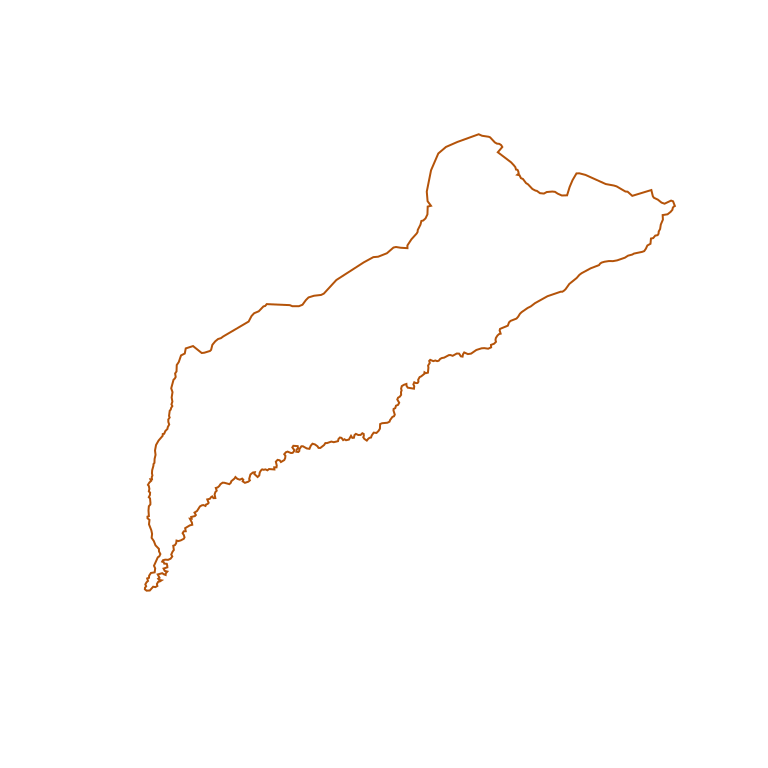 outline of Itinga do Maranhão, Maranhão, Brazil, rotated 203°
{"feature_id": "56859067B66965401422708", "entity_name": "Itinga do Maranhão", "entity_type": "district", "adm_level": 2, "iso_a3": "BRA", "parent_name": "Brazil", "parent_adm1": "Maranhão", "projection": "albers", "projection_center": [-47.255, -4.165], "detail": "fine", "context": "isolated", "style": "outline", "palette": "amber", "viewbox_px": 768, "rotation_deg": 203, "n_neighbors": 0, "source": "geoboundaries", "source_scale": "gbopen_adm2", "svg_char_len": 6166}
<svg xmlns="http://www.w3.org/2000/svg" viewBox="0 0 768 768"><g transform="rotate(203 384 384)"><path d="M196.4,608.0L195.8,610.9L195.7,614.4L193.5,617.2L195.1,622.2L193.2,623.5L192.3,626.6L190.3,627.9L190.0,629.6L190.7,631.7L190.4,634.6L191.5,638.9L191.5,644.3L193.5,648.4L189.3,651.0L187.4,654.5L186.6,657.1L187.0,658.9L186.7,660.4L185.8,661.5L189.3,665.1L191.4,665.0L196.2,659.6L199.4,659.4L203.9,660.7L208.4,660.9L209.9,661.9L213.7,667.0L229.0,654.2L234.9,656.2L237.0,655.5L247.1,656.8L250.0,656.5L258.0,654.7L280.2,655.2L286.3,654.3L289.1,653.1L290.1,645.3L290.1,637.9L289.2,629.2L294.0,627.0L298.5,627.1L301.7,627.7L304.3,626.9L309.2,624.3L311.2,621.8L315.0,620.6L318.7,621.5L320.2,621.2L323.6,621.5L329.5,624.1L331.7,624.4L336.2,627.0L338.4,627.0L340.8,629.1L343.0,628.7L342.2,630.3L343.5,632.2L344.8,633.3L346.3,633.0L347.8,634.9L349.8,636.0L353.6,637.7L369.8,641.8L367.7,648.4L369.5,649.7L371.7,650.1L374.0,649.4L376.4,649.7L382.7,652.5L384.2,652.5L390.8,650.8L394.4,650.9L411.0,635.5L419.6,626.4L424.1,617.4L424.2,599.1L419.8,577.8L415.3,569.3L410.4,566.4L413.1,564.4L410.3,557.1L410.5,552.6L411.8,549.8L413.3,548.7L412.7,544.9L413.1,539.0L412.5,537.1L412.7,535.4L415.3,527.9L416.6,520.7L415.5,518.2L422.0,515.9L426.5,514.8L428.6,513.3L432.4,505.5L439.1,498.9L443.4,496.6L450.2,488.0L468.5,461.1L474.7,443.7L476.7,441.4L482.9,437.9L487.3,434.2L488.7,430.7L490.0,425.1L492.8,422.3L498.8,419.8L501.5,419.8L523.2,411.7L523.8,409.5L525.3,408.3L527.7,402.0L531.2,398.4L532.5,394.8L533.0,388.6L550.6,364.9L552.0,362.5L554.3,360.6L556.0,357.4L557.3,353.0L556.5,347.9L557.1,346.4L561.6,342.6L563.9,341.3L574.6,344.3L580.4,339.3L579.3,334.2L582.0,331.0L581.5,324.0L582.2,320.5L579.9,314.5L580.4,312.1L578.5,309.1L578.7,307.3L579.4,305.7L578.2,296.9L575.5,293.9L574.2,288.6L571.9,285.1L571.7,282.2L570.2,281.0L570.6,278.9L570.3,277.1L570.8,275.7L569.4,270.6L568.2,269.4L568.7,267.1L567.7,264.8L565.9,262.8L566.2,259.8L565.8,258.0L566.9,255.3L566.9,252.3L568.1,251.5L567.5,249.8L569.4,243.9L570.0,238.8L568.8,233.3L566.6,229.5L565.9,225.4L564.5,221.7L564.9,220.3L564.3,218.6L563.7,214.0L562.7,211.1L561.4,209.3L561.4,207.5L560.3,205.6L561.8,205.0L560.5,203.8L561.5,201.6L561.9,198.9L560.6,198.2L559.0,195.8L558.5,193.2L556.9,192.7L556.1,190.3L556.3,187.9L554.7,187.3L552.6,183.4L552.0,181.8L552.7,179.6L551.3,175.4L548.8,170.5L549.9,169.5L549.2,168.0L546.8,167.3L545.5,163.0L541.0,158.4L538.9,155.4L537.8,151.6L534.5,149.5L531.3,146.2L526.8,144.3L525.7,142.0L523.4,140.1L523.5,137.5L524.5,136.1L524.7,126.8L522.6,124.9L521.5,121.0L524.7,119.0L525.3,115.8L524.6,113.8L526.0,112.5L524.3,110.5L525.1,108.7L525.4,106.3L523.9,104.9L524.4,103.0L523.9,101.6L521.8,101.0L518.9,102.4L517.3,107.2L515.1,107.7L513.7,109.5L514.9,111.2L514.6,113.6L513.2,114.7L512.1,116.3L514.4,115.8L515.8,116.5L514.9,117.9L517.9,120.3L514.2,123.2L512.4,122.8L510.4,122.9L510.9,124.4L510.2,126.7L512.8,126.3L514.8,128.0L511.8,130.6L512.6,132.2L513.7,133.6L516.1,132.8L517.1,133.9L518.8,133.8L518.6,135.4L516.8,136.8L514.0,137.8L512.2,139.8L511.5,142.5L513.2,143.9L513.1,147.1L512.6,149.1L514.8,152.8L513.5,154.0L513.1,156.2L513.8,158.8L512.0,159.0L510.0,160.6L507.8,163.3L507.7,164.9L509.3,166.8L511.1,168.0L510.8,170.1L509.0,171.0L510.7,173.6L507.5,178.0L505.5,179.5L506.7,181.4L510.1,184.2L508.4,184.9L509.5,186.3L506.5,188.5L506.0,189.9L508.2,191.6L506.5,194.0L505.6,199.4L504.2,201.2L502.9,202.0L500.7,202.0L500.7,203.5L499.5,204.7L499.0,206.1L501.6,208.7L499.4,210.3L499.0,212.2L498.2,213.4L496.4,212.3L494.7,213.1L496.8,216.2L497.0,218.7L496.3,220.4L498.2,222.6L496.7,223.8L495.8,225.7L495.4,227.9L494.0,230.1L492.4,230.7L487.2,231.4L486.4,233.3L486.6,234.8L484.7,238.5L484.4,240.3L481.9,239.4L479.3,239.6L477.6,241.5L476.1,240.9L476.1,239.2L473.4,238.7L470.7,241.1L469.8,242.9L471.0,243.9L471.6,248.5L470.1,251.3L468.4,252.3L468.2,250.5L464.0,249.0L463.1,251.1L463.8,254.0L463.5,256.3L462.8,257.8L461.3,258.0L459.7,259.1L457.6,259.0L456.6,260.8L451.5,262.5L452.5,264.4L450.4,265.3L450.9,267.1L453.2,270.2L452.3,272.6L450.2,273.0L448.4,271.9L446.1,275.0L446.0,277.1L446.7,279.4L448.4,280.4L447.6,282.9L446.3,284.1L442.7,284.1L441.2,284.9L440.6,286.8L440.9,288.2L443.6,289.8L443.3,291.7L439.2,293.1L438.0,291.2L438.8,289.6L438.3,287.4L436.3,287.9L435.8,289.2L436.4,291.1L435.7,294.4L434.3,295.0L429.9,294.5L427.3,295.2L427.3,298.6L426.5,301.1L424.0,301.4L420.9,300.7L419.3,299.6L417.6,300.3L415.3,304.4L414.9,306.7L413.3,307.4L410.0,310.4L407.5,310.8L404.0,313.4L404.4,315.5L403.7,317.5L402.1,317.8L399.7,316.4L398.8,317.7L397.0,317.4L394.6,319.1L394.1,323.4L392.1,322.0L390.7,322.8L391.2,325.5L390.4,327.1L387.8,327.0L385.6,328.0L384.7,330.2L383.2,330.1L382.3,328.4L382.3,326.9L380.6,325.8L377.7,325.2L377.1,327.4L376.3,328.8L375.0,329.7L375.2,331.8L374.5,335.2L371.8,336.0L370.7,338.7L370.3,341.3L371.9,345.6L370.5,347.1L365.7,349.7L364.2,351.5L364.3,353.2L363.4,357.0L362.2,358.2L362.1,360.0L364.9,363.3L365.4,364.8L364.2,366.2L364.5,368.7L362.9,370.3L362.7,372.7L365.7,374.9L365.7,376.9L364.5,378.5L364.0,380.7L365.2,383.2L365.3,385.0L366.4,386.3L366.8,389.0L365.3,391.1L363.4,392.8L362.5,391.1L360.7,389.9L354.6,391.4L355.3,393.8L356.8,395.1L356.8,397.4L355.0,397.3L353.5,398.0L353.2,399.5L354.2,401.3L353.9,404.3L352.8,405.5L350.9,409.0L351.3,410.6L349.7,410.3L348.0,411.6L349.5,416.4L350.6,418.2L350.1,421.3L351.4,422.9L350.9,424.3L347.6,424.3L345.9,425.7L344.0,425.8L342.7,426.8L342.1,429.0L340.9,430.5L338.9,431.8L335.6,435.9L334.2,436.6L331.8,436.8L328.9,440.5L326.7,441.3L324.1,439.5L322.4,439.9L322.9,442.1L322.5,444.4L318.5,444.3L315.7,446.0L312.3,451.4L308.1,455.0L305.7,456.2L301.9,457.2L299.7,459.6L300.8,461.8L298.4,464.1L297.4,466.6L298.6,468.1L299.0,470.1L298.5,473.0L297.6,474.9L296.3,475.9L298.5,478.5L298.7,480.1L292.8,486.1L293.0,489.6L292.1,491.6L287.6,496.0L286.8,498.4L286.3,501.8L285.4,503.9L281.5,510.1L279.2,512.8L276.6,517.4L267.8,528.7L257.3,538.1L255.9,538.6L254.8,540.2L253.9,542.2L252.5,548.6L248.1,556.8L246.8,560.8L245.4,563.2L239.0,571.2L232.5,577.5L232.1,579.3L231.1,580.8L228.8,582.7L225.1,585.0L221.2,586.6L217.7,588.9L211.6,594.4L209.5,597.5L206.0,600.2L204.9,601.7L198.0,606.5L196.4,608.0Z" fill="none" stroke="#b45309" stroke-width="2"/></g></svg>